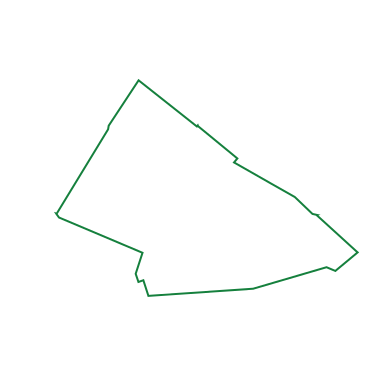 outline of 91, Al Wakrah, Qatar, rotated 70°
{"feature_id": "91078587B94476380924667", "entity_name": "91", "entity_type": "district", "adm_level": 2, "iso_a3": "QAT", "parent_name": "Qatar", "parent_adm1": "Al Wakrah", "projection": "equal_earth", "projection_center": [51.504, 25.135], "detail": "fine", "context": "isolated", "style": "outline", "palette": "green", "viewbox_px": 384, "rotation_deg": 70, "n_neighbors": 0, "source": "geoboundaries", "source_scale": "gbopen_adm2", "svg_char_len": 504}
<svg xmlns="http://www.w3.org/2000/svg" viewBox="0 0 384 384"><g transform="rotate(70 192 192)"><path d="M217.6,275.0L232.2,259.3L249.6,272.9L258.2,273.1L258.3,267.9L274.7,268.5L303.8,167.6L308.7,91.3L315.2,84.3L305.4,57.0L303.4,58.1L256.3,82.8L256.3,82.4L253.8,86.3L231.9,97.1L210.9,115.0L178.6,142.4L176.0,137.9L132.2,163.8L131.4,163.8L132.1,165.0L68.8,204.0L101.2,247.6L104.4,249.4L166.1,326.6L165.8,327.0L166.3,326.9L170.5,325.7L217.6,275.0Z" fill="none" stroke="#15803d" stroke-width="2"/></g></svg>